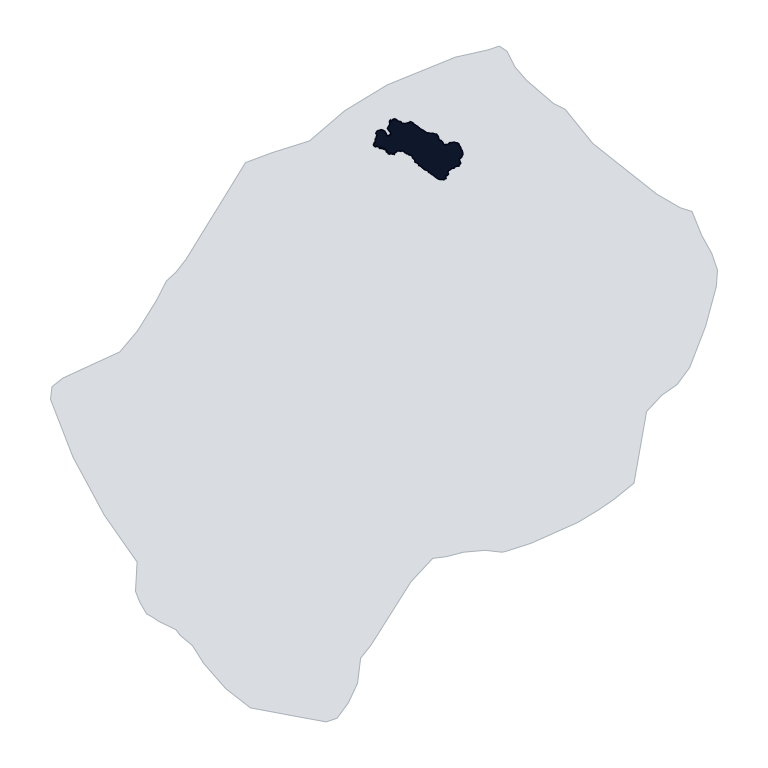 Menkhoaneng, Leribe, Lesotho (highlighted)
{"feature_id": "5366337B76816657583233", "entity_name": "Menkhoaneng", "entity_type": "district", "adm_level": 2, "iso_a3": "LSO", "parent_name": "Lesotho", "parent_adm1": "Leribe", "projection": "mercator", "projection_center": [28.291, -28.899], "detail": "fine", "context": "in_parent", "style": "filled", "palette": "ink", "viewbox_px": 768, "rotation_deg": 0, "n_neighbors": 0, "source": "geoboundaries", "source_scale": "gbopen_adm2", "svg_char_len": 6792}
<svg xmlns="http://www.w3.org/2000/svg" viewBox="0 0 768 768"><path d="M531.0,543.3L505.4,551.5L501.8,552.2L485.3,550.3L463.4,552.2L446.1,556.7L432.7,558.4L410.9,581.8L371.1,645.0L360.6,658.2L357.6,683.1L348.4,702.8L337.1,718.2L326.1,721.9L292.9,715.8L250.5,707.9L225.9,688.8L203.9,663.7L192.3,645.4L180.2,635.4L176.1,629.8L158.8,621.4L152.3,617.0L146.6,613.9L139.6,601.8L135.5,591.3L137.1,562.0L124.9,544.6L104.1,514.8L91.0,490.4L73.0,457.2L62.0,428.8L50.5,399.3L52.0,386.7L62.9,378.1L94.9,363.3L119.8,351.9L137.5,330.9L156.9,299.7L166.4,281.0L175.8,272.4L186.1,259.2L204.1,229.9L224.1,197.5L245.5,162.6L272.6,152.5L309.5,140.9L345.0,110.5L387.2,84.9L455.5,57.1L487.3,50.1L499.3,46.1L507.0,51.3L515.1,67.2L526.7,80.5L553.6,103.6L565.1,109.2L592.8,143.5L622.6,167.1L656.8,194.2L680.1,207.7L692.0,211.5L701.8,235.6L711.8,253.5L717.5,270.2L716.3,286.6L705.5,326.6L689.7,367.5L677.1,384.5L661.7,395.3L646.6,411.5L640.8,444.4L634.0,483.1L614.3,499.1L599.0,509.6L577.8,522.4L531.0,543.3Z" fill="#d9dde1" stroke="#a8b0b8" stroke-width="1"/><path d="M440.1,179.6L440.4,179.5L441.4,179.6L442.0,179.4L443.2,179.7L443.9,179.8L444.0,179.5L444.5,179.1L445.3,178.7L445.8,178.7L446.1,178.5L445.9,177.6L445.6,176.7L445.6,176.2L446.1,176.1L446.4,175.8L447.2,175.5L448.5,174.2L448.5,173.9L448.0,172.6L448.2,171.4L448.3,171.1L448.5,170.7L448.9,170.4L450.1,169.9L450.7,169.2L451.6,168.8L451.9,168.4L452.3,168.2L452.7,168.2L452.9,168.3L453.8,168.3L454.3,168.0L454.4,167.6L454.9,167.0L455.2,166.8L456.4,166.4L457.4,166.2L458.9,166.2L459.2,165.3L459.8,164.5L460.1,163.9L460.8,163.1L460.3,162.3L459.9,161.0L459.4,159.8L459.5,159.5L459.7,158.8L460.4,158.3L461.7,157.2L462.1,155.9L462.9,154.6L462.8,152.8L462.2,150.6L461.8,150.0L461.4,149.6L461.0,148.9L461.0,148.3L460.7,147.5L460.4,146.8L459.5,145.7L459.1,145.2L459.1,144.2L458.8,143.8L458.1,143.4L457.3,142.8L456.0,142.8L455.1,142.4L454.7,142.4L454.1,142.1L453.7,142.2L452.4,142.4L451.2,142.7L450.6,142.7L450.0,142.5L449.6,142.7L449.4,142.9L448.5,143.8L448.2,144.4L448.0,144.5L445.7,144.4L445.3,144.6L445.2,144.8L444.8,144.9L443.7,144.2L442.7,142.1L442.0,141.4L441.6,141.2L441.4,141.0L441.2,140.5L440.0,140.2L439.1,139.6L438.7,138.3L438.5,137.1L438.3,136.9L438.2,136.2L437.5,135.5L436.6,134.1L434.7,134.0L433.0,133.2L430.9,133.4L428.3,132.8L427.5,133.0L426.6,132.7L426.0,132.2L425.0,131.6L423.7,130.6L422.8,130.0L422.0,129.8L421.6,129.6L421.5,129.4L421.1,129.2L420.2,128.8L419.6,128.1L419.3,127.8L418.1,127.2L417.9,126.7L417.8,126.4L417.4,126.2L416.4,125.7L416.1,125.6L415.7,125.4L415.4,124.9L415.0,124.8L414.5,124.9L414.2,124.6L413.5,123.2L412.7,122.9L412.5,122.6L412.0,122.5L411.9,122.3L411.5,122.1L410.9,121.8L410.2,121.6L410.0,122.0L409.4,122.4L408.1,122.7L407.8,122.8L407.7,123.0L407.7,123.3L407.0,123.1L406.3,123.2L406.0,123.4L404.8,123.4L404.5,123.6L402.9,123.2L402.6,123.3L401.9,123.4L401.1,122.0L400.8,121.6L400.5,121.5L400.1,121.6L398.9,121.2L397.6,120.9L397.1,120.5L397.0,120.2L396.7,119.7L396.3,119.7L395.6,119.1L395.0,118.9L394.3,118.8L393.9,118.9L393.7,119.1L393.7,119.3L393.5,119.5L393.4,119.9L392.6,119.5L392.3,119.6L392.1,120.0L392.0,120.6L391.8,121.0L391.6,121.1L391.4,120.9L391.1,120.8L390.2,121.0L390.1,120.9L390.1,120.3L389.8,120.6L389.6,121.1L389.6,121.3L389.4,121.7L389.4,122.0L389.7,122.5L389.7,122.8L389.6,123.2L389.7,123.6L389.8,123.9L389.9,124.1L389.8,124.3L389.7,124.5L389.6,124.9L389.0,125.4L389.0,125.6L389.0,125.8L388.7,126.1L388.5,126.6L388.1,127.0L388.1,127.3L387.8,127.6L387.7,127.9L387.4,128.3L387.5,128.6L388.0,129.2L388.1,129.7L388.3,130.0L388.9,130.2L389.0,130.7L389.4,131.5L389.7,131.5L390.1,131.7L390.2,132.1L390.5,132.7L390.4,133.0L390.9,133.2L390.9,133.3L390.7,133.4L390.6,134.1L390.7,134.4L390.7,134.6L390.6,134.8L390.5,135.0L389.9,135.0L389.6,134.9L389.2,135.0L388.7,135.9L388.6,136.0L388.3,135.9L387.9,135.6L387.6,135.6L387.6,135.8L386.9,135.5L386.6,134.2L386.3,134.0L386.2,133.3L385.6,132.9L385.5,132.6L385.4,132.4L385.4,132.2L385.0,131.7L384.9,131.2L383.5,130.6L383.3,130.7L383.1,130.4L382.8,130.4L382.8,130.1L382.3,130.1L381.7,129.7L381.0,129.7L380.9,129.9L380.6,129.8L380.3,130.0L379.7,130.3L379.2,130.3L378.8,130.5L378.3,130.5L377.7,130.7L377.6,131.1L377.0,131.2L376.5,131.9L376.6,132.1L375.8,133.3L375.8,133.6L376.0,133.7L376.8,133.8L377.0,134.1L376.9,134.9L376.9,135.2L376.7,135.5L376.6,135.9L376.3,136.7L376.2,137.0L376.2,137.8L375.7,138.7L375.4,138.7L375.4,139.0L375.4,139.5L375.2,139.8L375.4,140.1L375.2,140.5L375.3,141.3L375.1,141.8L374.5,142.4L374.7,142.5L374.8,142.8L374.3,143.2L374.3,143.5L374.1,143.5L373.6,144.1L373.5,144.4L373.6,145.3L374.0,145.9L374.3,146.0L374.8,146.5L375.4,146.9L375.7,146.7L376.5,146.2L376.8,146.1L377.1,146.3L377.1,146.5L377.6,146.4L377.9,146.6L378.1,146.6L378.2,146.9L378.7,146.9L379.1,147.2L379.3,147.7L379.3,147.8L379.4,148.3L379.8,148.5L380.3,148.4L380.3,148.2L380.4,148.3L380.6,148.1L380.8,147.9L381.0,147.9L381.3,147.9L381.4,148.1L381.5,147.9L381.6,148.0L381.9,147.9L382.0,147.8L382.1,147.7L382.2,147.8L382.3,147.8L382.4,148.0L382.6,148.1L382.6,148.4L382.8,148.5L382.7,148.7L382.8,148.8L383.2,148.7L383.2,148.9L383.6,149.0L383.8,148.8L383.8,149.1L384.1,149.0L384.3,149.0L384.4,148.9L384.5,148.9L385.0,149.4L385.0,149.6L385.3,149.6L385.4,149.8L385.5,149.8L385.9,149.9L385.9,150.2L386.2,150.3L386.2,150.7L386.2,150.9L386.2,151.2L386.3,151.4L386.3,151.5L386.5,151.6L386.5,151.9L386.8,151.9L386.8,152.1L387.0,152.2L387.1,151.9L387.3,152.0L387.4,151.7L387.6,152.2L387.9,152.3L388.0,152.4L388.0,152.7L388.2,153.0L388.2,153.4L388.1,153.6L388.3,153.9L388.9,153.8L389.3,154.0L389.3,153.8L389.3,153.7L389.5,153.7L389.7,153.9L389.8,153.9L390.0,153.5L390.2,153.4L390.4,153.6L390.5,153.4L390.6,153.5L390.8,153.4L391.2,153.7L391.6,153.7L391.9,153.7L392.1,153.9L392.2,154.1L392.4,154.2L392.8,154.1L393.1,153.7L393.4,153.8L393.3,154.2L393.7,154.2L393.9,154.3L394.3,154.5L394.5,154.0L394.5,153.7L394.5,153.2L394.9,153.0L395.2,152.6L396.0,152.3L396.2,152.0L396.6,151.8L396.9,151.4L397.6,150.9L399.6,151.1L400.4,151.3L400.9,151.4L401.4,151.0L402.3,150.8L403.1,151.3L403.4,151.4L404.3,152.0L404.6,152.0L405.0,152.8L406.0,153.1L406.5,153.8L407.4,153.7L407.8,153.7L408.2,154.3L408.5,154.6L409.3,155.1L410.0,155.0L410.5,155.1L411.9,155.8L412.3,157.2L412.7,158.0L413.3,158.6L414.4,159.5L414.9,160.4L414.7,161.5L415.3,162.4L415.7,162.5L416.4,162.6L417.3,163.2L418.3,163.6L418.5,164.8L418.8,165.4L419.1,165.8L419.8,165.7L420.6,166.2L420.9,166.2L421.2,166.4L421.4,166.6L421.5,167.1L421.8,167.3L422.3,167.6L422.5,167.9L422.8,168.2L423.4,168.5L423.7,169.0L424.0,169.1L424.7,169.7L425.2,170.0L426.4,170.2L427.1,170.6L427.7,170.6L428.4,171.5L428.3,171.8L428.5,172.2L428.9,172.5L429.9,172.9L430.1,173.0L430.7,173.5L431.3,174.1L431.8,174.2L432.1,174.7L433.1,175.0L433.7,175.5L434.1,176.0L434.7,176.4L435.3,177.0L437.9,178.8L438.8,179.2L440.1,179.6Z" fill="#0f172a" stroke="#020617" stroke-width="1.5"/></svg>